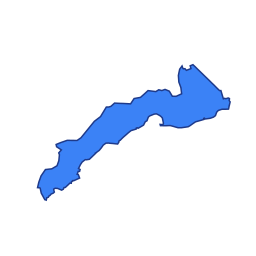 Al Gitaina, White Nile, Sudan, rotated 70°
{"feature_id": "16777658B71030870448904", "entity_name": "Al Gitaina", "entity_type": "district", "adm_level": 2, "iso_a3": "SDN", "parent_name": "Sudan", "parent_adm1": "White Nile", "projection": "natural_earth1", "projection_center": [32.426, 14.401], "detail": "fine", "context": "isolated", "style": "filled", "palette": "blue", "viewbox_px": 256, "rotation_deg": 70, "n_neighbors": 0, "source": "geoboundaries", "source_scale": "gbopen_adm2", "svg_char_len": 2728}
<svg xmlns="http://www.w3.org/2000/svg" viewBox="0 0 256 256"><g transform="rotate(70 128 128)"><path d="M138.8,219.8L143.3,226.1L148.5,230.4L153.1,233.4L154.0,231.5L154.5,231.1L159.5,231.8L166.9,230.7L167.2,230.3L167.7,229.6L167.8,229.5L166.6,228.7L165.8,228.3L165.8,226.5L165.3,225.9L164.8,225.5L164.7,224.4L163.8,222.9L163.6,220.3L163.0,219.1L161.0,219.0L160.0,218.7L159.7,217.1L160.7,214.8L163.7,211.6L163.4,209.7L162.1,208.5L162.4,207.2L159.9,201.4L160.5,200.2L159.1,199.5L159.1,198.7L158.6,198.3L158.5,197.6L159.0,197.2L158.5,190.6L154.8,190.6L154.1,191.6L151.7,189.6L152.2,188.3L150.6,187.2L149.2,188.4L146.3,185.4L145.9,184.9L144.3,182.7L143.1,179.0L143.6,178.0L144.2,175.0L140.9,167.5L140.4,167.2L140.6,166.9L139.9,165.2L139.2,162.7L137.5,159.8L135.6,157.1L134.7,153.9L135.5,151.4L135.9,150.7L136.4,149.7L137.4,147.5L138.3,145.7L139.5,143.2L138.1,141.4L137.3,141.1L136.9,140.1L136.9,139.6L135.7,137.1L135.0,135.5L133.6,131.8L132.6,129.3L131.6,126.4L131.5,126.0L131.7,122.3L131.8,120.7L130.9,120.2L131.0,119.1L131.7,118.7L131.2,115.5L130.6,112.4L129.4,111.1L128.0,109.6L127.7,107.7L125.3,105.7L124.6,105.0L124.1,103.6L124.0,101.3L123.9,98.8L124.4,96.5L125.9,95.0L127.2,93.9L127.6,93.6L128.2,93.2L130.2,92.3L133.9,92.8L135.1,93.0L135.5,93.0L136.8,94.0L135.6,96.6L136.9,96.7L137.0,96.4L137.1,96.1L138.2,93.3L138.7,92.0L139.7,88.8L140.2,87.4L141.8,85.1L144.0,82.1L144.9,80.8L146.0,77.8L146.6,74.9L146.9,73.5L147.4,71.0L147.2,69.9L147.0,68.8L146.1,65.6L145.3,62.4L145.6,58.5L145.9,53.9L145.1,53.8L144.8,53.4L144.9,52.8L145.9,52.5L146.9,47.8L147.0,46.8L147.0,43.9L146.3,41.6L143.5,39.3L142.4,37.1L142.5,33.7L142.7,32.7L143.7,30.0L144.3,28.1L144.6,27.1L143.9,26.6L141.2,25.0L141.2,24.9L138.4,23.1L137.4,23.4L136.7,23.5L136.0,23.2L135.5,22.7L135.0,22.6L134.6,23.0L134.1,23.5L134.0,24.2L134.0,24.9L134.0,25.5L133.7,26.5L133.3,26.9L133.1,27.3L133.2,28.0L133.2,28.4L127.9,28.1L124.6,27.9L124.5,28.2L124.4,28.6L124.2,29.1L122.6,30.0L122.4,30.0L122.1,30.2L119.3,31.5L117.1,32.5L116.7,32.7L114.9,33.6L114.1,34.0L112.8,34.6L97.5,42.0L96.7,42.4L93.7,43.8L92.3,44.5L91.2,45.1L90.7,45.3L90.8,48.1L90.8,48.3L93.7,48.5L93.8,53.4L91.7,54.2L91.3,55.8L90.7,56.0L90.0,56.0L88.2,56.0L88.9,57.0L90.4,59.3L93.4,61.2L95.9,62.7L102.2,64.5L108.2,64.5L114.2,65.9L114.7,71.9L113.3,75.5L107.5,76.6L104.4,80.0L104.4,83.4L102.6,86.0L103.3,89.4L99.7,96.4L101.5,100.7L103.5,105.8L102.4,112.2L106.2,117.3L103.4,123.9L101.8,127.9L100.0,132.1L100.4,133.1L101.8,136.6L101.7,138.9L100.9,141.2L106.2,147.8L107.9,149.9L110.2,157.3L121.1,175.5L122.3,180.1L120.6,184.7L118.8,189.3L118.7,196.1L118.9,201.2L121.2,201.5L125.8,198.1L127.7,201.6L129.7,201.6L135.1,204.2L139.2,207.6L140.3,213.6L138.8,219.8Z" fill="#3b82f6" stroke="#1e3a8a" stroke-width="1.5"/></g></svg>